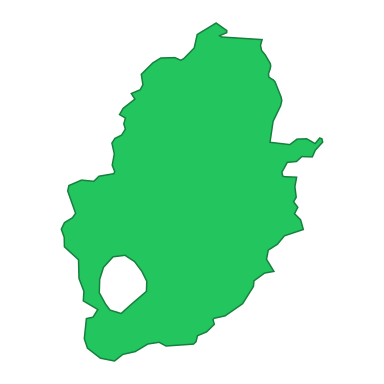 Nottinghamshire, Equal Earth projection
{"feature_id": "GBR-2764", "entity_name": "Nottinghamshire", "entity_type": "Administrative County", "adm_level": 1, "iso_a3": "GBR", "parent_name": "United Kingdom", "parent_adm1": "", "projection": "equal_earth", "projection_center": [-0.985, 53.13], "detail": "fine", "context": "isolated", "style": "filled", "palette": "green", "viewbox_px": 384, "rotation_deg": 0, "n_neighbors": 0, "source": "natural_earth", "source_scale": "10m", "svg_char_len": 1616}
<svg xmlns="http://www.w3.org/2000/svg" viewBox="0 0 384 384"><path d="M216.1,23.0L226.8,30.6L226.7,32.7L219.6,35.7L221.5,37.0L262.1,39.6L260.5,45.4L261.6,50.5L265.3,55.0L270.3,63.6L270.7,66.0L270.2,68.7L268.5,73.7L268.8,76.9L270.8,78.5L273.2,79.8L275.0,81.8L281.0,96.8L281.8,100.6L280.6,105.8L273.1,121.3L270.0,142.3L289.8,144.6L297.1,139.1L306.7,138.8L315.1,143.6L319.7,138.0L321.9,138.8L322.7,142.1L315.3,150.2L312.3,156.9L301.8,156.6L296.5,161.5L287.3,162.4L281.9,172.2L282.7,176.0L284.5,176.7L296.6,177.2L294.9,186.7L296.2,197.3L293.6,201.8L297.8,207.3L294.5,213.7L300.6,219.8L303.3,229.5L284.4,235.8L277.5,244.2L268.3,250.1L266.5,259.3L273.9,271.4L264.5,273.1L254.0,280.8L253.4,286.5L242.6,303.7L225.0,315.9L214.1,318.3L213.0,319.5L214.3,324.3L206.6,331.9L197.5,335.7L196.0,341.7L193.5,344.1L166.0,346.0L159.1,342.3L147.9,344.0L135.2,351.6L122.8,354.4L114.5,361.0L100.4,358.2L87.5,348.2L84.3,338.7L86.4,318.6L93.1,317.1L97.8,309.5L83.3,300.9L83.9,291.3L79.0,278.5L78.5,259.7L64.4,246.8L64.2,237.2L61.3,229.2L64.5,222.6L72.4,217.8L75.6,213.3L67.7,191.0L68.9,185.5L81.5,180.1L93.8,181.3L99.0,176.2L113.8,173.7L114.7,171.6L112.2,165.2L114.3,153.9L111.9,143.1L114.9,138.4L121.6,135.1L125.4,129.1L123.8,123.9L125.4,118.0L119.5,114.6L123.2,108.3L134.9,99.1L131.3,93.5L140.2,89.8L142.9,84.8L141.3,74.3L152.8,62.9L160.8,58.0L174.8,57.6L180.9,60.3L184.0,58.4L194.2,48.0L197.2,34.5L216.1,23.0ZM121.1,313.5L131.8,303.9L146.4,291.4L146.8,281.3L141.8,271.2L134.6,261.6L125.0,255.3L113.1,256.8L103.5,267.3L99.7,279.3L99.3,292.8L105.4,303.9L110.0,310.1L121.1,313.5Z" fill="#22c55e" stroke="#15803d" stroke-width="1.5"/></svg>